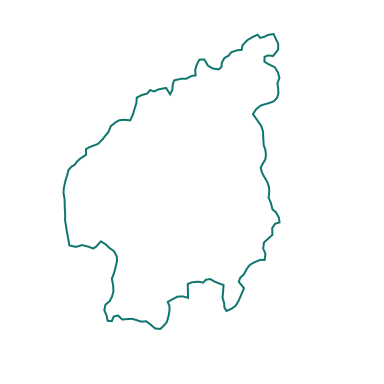 Itariri, São Paulo, Brazil (Robinson projection), rotated 159°
{"feature_id": "56859067B88746346825821", "entity_name": "Itariri", "entity_type": "district", "adm_level": 2, "iso_a3": "BRA", "parent_name": "Brazil", "parent_adm1": "São Paulo", "projection": "robinson", "projection_center": [-47.132, -24.286], "detail": "fine", "context": "isolated", "style": "outline", "palette": "teal", "viewbox_px": 384, "rotation_deg": 159, "n_neighbors": 0, "source": "geoboundaries", "source_scale": "gbopen_adm2", "svg_char_len": 2430}
<svg xmlns="http://www.w3.org/2000/svg" viewBox="0 0 384 384"><g transform="rotate(159 192 192)"><path d="M209.7,299.9L212.1,294.9L215.8,290.2L219.7,285.2L224.0,281.0L229.4,283.7L233.9,285.0L238.1,284.6L244.3,282.5L248.7,277.8L252.4,275.8L256.5,273.3L262.5,270.6L267.8,270.6L271.8,270.6L275.6,270.0L277.5,264.7L284.2,263.3L288.6,261.6L291.6,259.5L295.5,258.8L299.3,256.9L302.5,252.4L306.2,247.8L310.3,241.5L312.3,237.1L313.6,230.7L316.3,223.2L317.8,218.5L319.1,214.8L320.7,210.9L321.7,205.8L322.8,200.9L323.8,195.6L325.6,186.0L319.9,182.3L313.6,181.8L308.1,177.9L304.5,174.7L301.1,175.3L297.9,177.0L294.7,178.5L291.2,173.8L289.2,169.4L286.0,164.8L285.3,158.6L286.8,154.3L289.8,150.0L294.0,144.0L297.9,139.8L299.1,133.1L300.9,127.5L304.3,122.8L308.1,119.5L313.2,117.8L316.2,113.1L316.0,107.5L316.9,101.9L313.2,100.2L309.7,103.8L305.3,103.2L302.9,98.0L297.8,96.5L293.5,95.1L289.8,92.4L285.9,89.2L281.1,87.7L278.5,83.7L275.3,77.8L270.6,75.5L266.5,77.2L262.1,79.6L258.3,84.7L255.4,89.6L253.9,93.9L254.1,98.0L250.2,98.7L243.0,99.5L237.9,97.8L233.6,94.6L232.0,99.1L228.9,107.7L224.3,107.7L218.3,106.0L214.0,103.4L210.5,105.1L206.2,104.2L203.3,100.6L199.6,97.0L195.9,93.9L199.0,87.1L201.4,82.4L201.8,77.0L203.1,72.5L202.5,68.6L197.2,68.8L192.2,70.1L187.5,73.7L183.3,78.0L177.9,83.6L180.5,91.4L177.8,94.6L173.0,96.6L168.0,100.9L164.1,103.2L159.5,104.0L152.5,104.2L148.6,102.5L145.6,107.9L145.8,113.7L142.9,119.1L138.9,120.6L132.3,123.2L130.1,129.5L125.7,132.6L121.2,132.2L120.1,136.7L120.8,142.9L123.1,146.8L122.3,153.4L122.5,159.2L119.7,164.8L118.4,168.7L118.1,174.7L119.2,180.7L119.7,185.0L119.2,190.0L116.1,192.9L112.1,195.9L109.6,200.2L108.3,205.6L108.3,209.9L106.1,217.0L104.0,223.0L103.7,228.8L105.3,235.5L107.2,242.9L102.4,246.3L96.8,248.1L92.1,247.8L88.2,247.4L83.0,247.4L78.7,249.6L76.1,252.9L74.3,258.2L73.4,262.7L69.5,267.2L68.9,272.9L70.0,278.8L75.4,284.6L77.7,287.7L75.8,292.2L72.0,292.2L67.5,289.9L60.5,294.1L58.4,299.6L58.8,304.0L59.2,310.2L64.5,311.4L68.6,311.0L73.1,311.4L74.5,315.4L80.3,314.9L85.6,314.0L92.1,311.0L94.7,306.9L99.5,308.2L105.3,308.4L108.8,306.2L113.7,305.5L117.7,302.1L119.9,298.0L123.2,296.9L128.4,299.9L131.8,304.1L133.0,311.3L137.7,312.9L142.3,308.8L145.4,304.6L146.8,299.5L150.5,300.5L156.7,299.8L161.5,301.6L168.7,302.6L171.3,299.5L173.7,294.4L177.4,291.1L178.9,298.4L186.1,299.8L191.5,299.5L194.6,302.2L198.5,300.0L204.5,300.5L209.7,299.9Z" fill="none" stroke="#0f766e" stroke-width="2"/></g></svg>